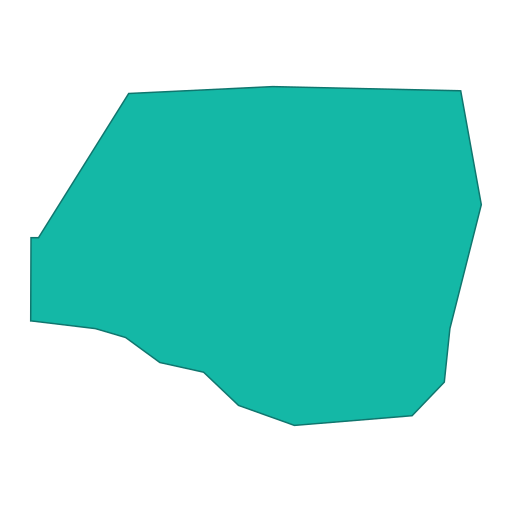 an SVG outline of Chaguanas
{"feature_id": "TTO-63", "entity_name": "Chaguanas", "entity_type": "City", "adm_level": 1, "iso_a3": "TTO", "parent_name": "Trinidad and Tobago", "parent_adm1": "", "projection": "natural_earth1", "projection_center": [-61.422, 10.535], "detail": "fine", "context": "isolated", "style": "filled", "palette": "teal", "viewbox_px": 512, "rotation_deg": 0, "n_neighbors": 0, "source": "natural_earth", "source_scale": "10m", "svg_char_len": 339}
<svg xmlns="http://www.w3.org/2000/svg" viewBox="0 0 512 512"><path d="M30.7,320.9L31.0,237.7L38.5,237.7L128.7,93.5L272.7,86.6L460.7,90.8L481.3,204.7L449.9,328.6L444.3,382.1L412.1,415.7L294.4,425.4L238.5,405.4L203.6,372.2L159.8,362.5L125.6,337.5L95.4,328.6L31.1,320.9L30.7,320.9Z" fill="#14b8a6" stroke="#0f766e" stroke-width="1.5"/></svg>